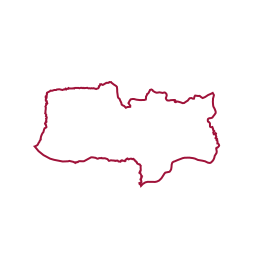 the district of District #2, Grand Bassa, Liberia, rotated 243°
{"feature_id": "62588387B28377115536759", "entity_name": "District #2", "entity_type": "district", "adm_level": 2, "iso_a3": "LBR", "parent_name": "Liberia", "parent_adm1": "Grand Bassa", "projection": "orthographic", "projection_center": [-9.849, 6.418], "detail": "fine", "context": "isolated", "style": "outline", "palette": "rose", "viewbox_px": 256, "rotation_deg": 243, "n_neighbors": 0, "source": "geoboundaries", "source_scale": "gbopen_adm2", "svg_char_len": 5767}
<svg xmlns="http://www.w3.org/2000/svg" viewBox="0 0 256 256"><g transform="rotate(243 128 128)"><path d="M71.1,201.3L71.6,201.4L72.5,201.4L73.3,201.2L73.7,200.6L74.1,200.8L74.5,201.2L75.0,201.5L75.9,201.8L76.4,201.5L76.7,201.4L77.1,201.4L77.4,202.0L77.6,202.4L78.0,202.4L78.6,202.1L78.9,201.6L79.3,201.4L79.5,201.6L79.9,202.3L80.1,202.7L80.6,202.8L81.3,202.9L82.1,203.0L83.0,203.9L83.6,203.7L83.1,202.5L83.3,201.7L83.7,201.6L84.4,201.9L85.1,201.8L85.6,202.3L85.8,203.3L86.1,203.5L86.6,203.4L87.2,203.0L87.9,203.0L88.5,203.4L89.4,203.5L89.8,203.5L90.6,203.6L90.8,202.6L91.2,202.2L91.9,201.7L92.0,201.7L92.9,202.1L94.1,202.7L94.9,203.1L96.2,203.0L96.3,202.9L97.4,202.2L97.5,202.2L98.2,202.4L99.2,202.9L99.8,203.6L99.8,204.9L99.2,206.3L99.0,207.9L99.9,209.6L100.6,211.2L101.5,212.8L102.4,213.4L103.6,213.7L106.1,213.9L108.3,213.8L109.7,214.2L111.4,214.9L113.0,215.6L114.3,216.4L115.5,217.0L116.9,218.3L118.3,219.5L120.8,219.4L120.8,217.6L121.0,214.3L120.6,210.8L120.7,209.1L120.8,208.1L122.3,207.2L124.1,206.4L124.7,205.0L125.6,203.7L126.4,202.6L125.9,201.6L124.2,200.1L124.6,199.2L126.0,198.0L126.5,196.4L125.9,194.9L125.3,193.8L125.1,191.4L124.8,189.3L125.4,187.9L126.8,186.7L128.3,185.1L129.1,184.2L129.4,183.2L129.3,182.3L129.8,181.7L130.3,181.6L131.0,182.7L131.5,182.6L132.0,181.9L133.4,178.7L133.7,177.3L134.2,176.3L134.8,175.5L135.7,175.2L136.6,175.1L137.5,175.3L138.2,176.1L139.3,177.2L140.6,177.7L142.4,177.3L143.0,176.8L143.3,175.9L143.5,174.8L144.3,173.8L145.6,172.1L146.0,170.6L146.6,169.3L148.0,168.1L149.7,167.1L150.8,167.0L151.7,166.3L151.9,164.9L151.0,163.8L149.6,161.7L149.6,160.5L148.6,159.6L147.8,158.3L146.6,157.7L145.3,156.8L145.6,155.1L146.5,153.3L147.6,151.1L149.4,148.4L151.2,146.4L151.9,144.9L152.3,143.4L151.5,141.8L150.8,140.9L150.0,139.7L148.5,139.9L146.9,140.2L145.9,139.6L147.0,136.8L147.0,135.3L148.3,134.9L149.3,134.6L150.4,133.7L151.7,133.0L153.8,133.5L155.8,133.5L157.9,133.7L159.0,133.1L160.2,133.1L162.2,133.8L165.1,134.8L167.6,136.0L169.8,136.8L171.0,136.4L173.2,135.1L176.0,133.8L176.5,133.8L177.1,132.7L177.4,132.3L177.3,132.0L177.3,131.8L177.1,131.4L177.3,130.6L177.8,129.9L178.1,129.1L177.9,128.4L178.0,127.7L177.8,125.5L178.0,124.8L179.1,124.2L179.3,123.9L179.2,123.6L179.5,123.0L179.0,122.8L178.7,122.2L178.5,121.4L178.3,121.5L178.0,120.9L177.4,120.5L176.9,119.5L177.1,118.4L177.2,117.3L179.1,115.4L179.2,114.8L179.7,113.9L180.0,113.6L180.3,112.5L180.4,112.4L181.0,111.6L181.2,110.9L181.8,110.3L182.2,110.1L182.8,108.6L183.2,107.4L183.8,106.9L183.8,106.3L184.1,105.8L184.4,105.3L184.7,105.2L185.3,104.0L185.5,102.7L186.2,102.1L187.8,98.9L187.6,97.9L188.3,97.3L188.4,96.6L189.7,93.9L190.6,93.2L190.1,92.3L190.7,91.6L190.4,90.5L191.4,90.1L191.0,89.2L191.5,88.4L191.6,86.9L193.7,84.4L194.6,82.1L194.5,81.2L195.3,79.7L195.7,77.1L196.5,75.9L196.2,75.1L196.2,71.9L195.5,71.5L195.4,71.2L194.7,70.9L194.4,70.9L194.1,70.4L193.8,69.8L193.3,69.9L192.6,69.7L192.2,69.3L192.3,68.9L192.7,68.6L192.3,68.4L191.3,68.5L191.0,68.0L190.6,67.6L189.6,67.2L189.0,67.4L188.7,67.8L187.7,67.4L186.6,67.3L186.4,66.9L187.0,66.3L186.9,66.1L185.7,65.6L184.5,64.1L183.6,64.1L181.9,63.1L180.5,62.1L179.2,61.5L178.8,60.9L178.2,61.0L177.5,61.1L176.7,61.1L176.2,60.6L175.8,60.2L175.4,60.3L174.6,60.5L173.9,60.2L173.6,59.8L173.5,59.2L173.1,59.1L172.5,59.1L171.8,58.6L171.6,58.2L171.3,57.9L171.1,58.0L170.9,58.2L170.6,58.2L170.4,58.0L170.4,57.8L170.1,57.4L170.0,56.4L169.6,56.0L169.1,56.0L168.6,56.2L167.9,56.3L167.6,56.0L166.6,56.0L165.8,55.7L165.6,55.1L165.6,54.6L165.6,54.0L165.6,53.5L164.5,52.3L162.7,50.7L162.2,49.5L161.6,48.6L160.4,47.2L159.4,46.2L158.5,45.7L158.0,45.1L157.3,45.0L156.8,43.7L156.0,42.9L155.4,41.7L154.2,40.1L153.9,39.4L153.8,37.1L153.9,36.5L148.0,37.8L142.2,40.4L136.0,44.7L133.2,47.7L127.8,54.6L125.5,59.6L125.3,60.8L122.6,64.0L121.4,64.8L121.6,64.9L121.5,65.4L121.1,65.7L120.8,65.8L120.6,67.1L120.8,67.3L120.4,67.9L120.7,68.7L120.4,69.9L118.9,72.5L118.6,73.2L118.4,73.8L118.6,81.0L118.6,81.8L118.1,82.8L117.6,83.6L117.0,84.4L116.9,84.5L116.3,85.4L116.2,85.5L115.3,86.2L114.6,86.7L114.3,87.3L114.3,87.5L114.3,87.8L114.3,88.3L113.9,89.5L113.3,90.3L113.3,90.9L112.7,91.3L112.2,92.1L112.0,92.7L111.5,93.7L109.7,95.5L109.3,95.7L107.6,96.0L107.4,96.1L107.3,96.3L107.0,98.1L105.8,99.9L105.6,100.4L104.9,101.1L104.9,101.6L104.5,101.9L104.2,102.1L104.0,103.5L103.6,104.0L102.5,104.3L102.2,104.8L102.0,105.0L101.8,105.7L101.4,106.0L101.5,106.4L102.0,106.6L102.1,107.0L102.0,108.0L101.3,108.3L101.0,108.7L100.8,109.2L100.5,109.8L100.1,109.9L99.8,110.2L99.9,110.8L100.5,111.1L100.9,112.1L101.1,112.9L101.1,113.7L100.8,113.9L100.2,113.9L99.8,114.2L99.7,115.0L99.6,116.1L99.3,116.6L99.1,117.1L98.3,117.6L98.3,118.2L98.1,118.8L97.3,119.1L96.8,119.1L96.6,119.4L95.6,119.4L95.1,119.6L94.7,120.0L94.0,120.2L93.6,120.0L93.1,120.3L92.7,120.2L92.3,120.1L90.9,121.0L90.5,121.7L90.0,122.0L89.1,122.0L88.6,122.2L87.8,121.7L87.5,121.5L84.6,120.2L83.6,119.2L83.9,119.0L82.9,117.8L82.3,118.1L82.1,118.5L81.5,118.4L79.9,118.3L79.1,118.5L79.1,118.4L78.4,118.2L78.6,117.7L78.3,117.4L77.3,117.2L76.9,116.6L76.8,116.0L76.4,115.7L76.0,115.8L75.9,116.1L73.9,115.5L73.7,115.4L73.7,114.6L73.7,113.4L73.1,113.7L73.2,113.1L72.8,112.9L72.1,113.3L71.5,113.5L70.5,113.3L71.4,115.7L71.7,118.8L71.1,121.1L69.0,125.2L67.7,127.5L67.2,129.3L67.1,130.4L67.1,132.0L68.0,134.9L68.5,135.8L69.9,138.2L70.8,139.7L71.3,141.0L70.7,143.2L70.3,144.5L70.2,145.3L70.7,146.3L71.5,147.6L73.4,149.0L75.4,150.2L76.4,151.1L77.1,151.9L77.3,153.3L77.1,154.4L76.9,157.5L76.3,163.1L75.8,164.9L73.8,169.1L71.6,172.3L70.3,173.8L67.8,175.8L65.2,179.3L63.4,181.5L60.9,183.4L59.9,184.7L59.5,185.8L59.9,187.4L60.4,188.8L61.1,190.0L62.4,191.5L63.7,192.5L64.4,193.6L65.6,195.6L67.0,196.5L68.8,197.0L69.9,197.4L70.2,197.9L69.9,198.8L70.5,200.6L71.1,201.3Z" fill="none" stroke="#9f1239" stroke-width="2"/></g></svg>